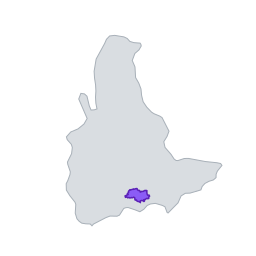 Las Matas de Farfan, San Juan, Dominican Republic shown in context, rotated 252°
{"feature_id": "3306468B58611223630856", "entity_name": "Las Matas de Farfan", "entity_type": "district", "adm_level": 2, "iso_a3": "DOM", "parent_name": "Dominican Republic", "parent_adm1": "San Juan", "projection": "equal_earth", "projection_center": [-71.495, 18.95], "detail": "fine", "context": "in_parent", "style": "filled", "palette": "violet", "viewbox_px": 256, "rotation_deg": 252, "n_neighbors": 0, "source": "geoboundaries", "source_scale": "gbopen_adm2", "svg_char_len": 4519}
<svg xmlns="http://www.w3.org/2000/svg" viewBox="0 0 256 256"><g transform="rotate(252 128 128)"><path d="M46.6,178.2L46.9,166.9L48.2,162.3L47.0,157.5L41.3,152.4L37.9,145.8L34.8,139.9L35.5,139.1L41.7,138.8L43.8,136.7L47.9,130.7L48.8,125.9L48.4,122.3L45.8,117.9L44.7,113.4L48.0,109.4L52.3,103.6L52.9,101.3L52.8,99.1L47.8,93.0L47.5,90.3L49.8,83.7L49.6,79.3L47.3,65.5L46.1,63.5L48.4,62.4L49.9,58.3L51.8,54.6L54.4,52.7L57.4,51.4L63.3,51.5L71.4,54.7L73.7,54.7L81.5,51.8L88.0,50.2L94.1,52.0L96.6,54.5L101.6,58.4L104.1,59.6L112.1,59.5L114.3,59.9L121.0,66.4L126.6,69.0L129.9,69.1L135.7,66.6L138.6,66.7L141.9,72.3L142.6,80.2L145.4,87.4L149.7,92.1L170.8,90.1L175.5,93.9L173.9,97.1L170.9,98.8L160.9,98.0L156.5,98.4L155.7,101.5L155.7,104.4L161.5,105.1L167.3,106.6L173.1,108.9L179.1,110.5L185.8,111.6L192.4,113.3L203.4,119.0L215.7,132.0L219.0,134.9L221.2,139.0L220.2,144.0L215.9,152.3L213.4,154.9L209.8,156.5L207.4,159.9L205.0,165.7L203.6,166.1L201.9,165.9L198.9,162.6L196.8,157.6L190.9,152.9L183.9,153.5L173.6,150.8L167.4,152.1L161.1,152.4L154.8,151.0L148.3,150.5L142.0,152.3L135.8,155.3L133.5,157.2L129.5,161.9L127.4,163.6L112.3,166.0L107.9,162.5L103.9,157.8L98.1,157.2L89.6,160.8L84.4,162.2L82.2,163.7L81.6,165.5L81.6,172.1L80.4,176.1L72.2,191.2L67.5,201.8L65.6,205.1L63.4,205.8L59.4,199.7L56.8,197.5L53.6,196.4L52.2,193.1L52.3,188.5L51.5,184.0L49.5,180.5L46.6,178.2Z" fill="#d9dde1" stroke="#a8b0b8" stroke-width="1"/><path d="M53.4,116.7L53.5,116.8L53.8,116.9L54.0,116.9L54.1,117.0L54.3,117.1L54.7,117.1L54.8,117.1L54.9,117.3L54.9,118.3L54.9,118.5L54.5,119.0L54.4,119.2L54.4,119.4L54.3,119.6L54.3,119.8L54.2,119.9L54.0,120.0L53.8,120.1L53.6,120.2L53.3,120.3L53.2,120.4L53.2,120.5L53.3,120.8L53.4,121.0L53.5,121.1L53.9,121.3L54.0,121.3L54.2,121.2L54.3,121.1L54.5,120.8L54.6,120.7L54.8,120.7L54.8,120.8L54.9,121.0L54.9,121.3L54.9,121.5L54.8,121.9L54.7,122.0L54.7,122.3L54.7,122.6L54.8,122.8L55.0,123.1L55.1,123.3L55.2,123.5L55.2,124.1L55.2,124.3L55.1,124.5L54.9,124.6L54.7,124.8L54.6,125.0L54.6,125.3L54.6,125.6L54.6,125.9L54.7,126.0L54.9,126.1L55.0,126.1L55.3,126.1L55.5,126.2L55.6,126.3L55.9,126.3L56.0,126.3L56.1,126.5L56.3,126.9L56.3,127.0L56.5,127.2L56.5,127.3L56.9,127.3L57.0,127.4L57.2,127.5L57.4,127.5L57.7,127.1L57.8,127.0L57.8,126.9L57.9,126.5L57.9,126.4L58.0,126.3L58.1,126.0L58.1,125.9L58.3,125.8L58.5,125.8L59.0,125.8L59.9,125.8L60.0,125.8L60.3,125.9L60.4,126.0L60.5,126.0L61.5,126.0L61.8,126.0L62.0,126.2L62.2,126.4L62.2,126.5L62.3,126.5L62.5,126.6L62.8,126.4L62.9,126.2L63.0,125.9L63.1,125.7L63.2,125.3L63.2,125.2L63.3,125.0L63.4,124.7L63.4,124.4L63.3,123.9L63.3,123.7L63.2,123.6L63.1,123.4L63.0,123.2L63.0,122.9L63.1,122.7L63.2,122.2L63.3,121.9L63.3,121.6L63.4,121.4L63.4,121.2L63.5,121.1L63.4,121.0L63.4,120.8L63.3,120.6L63.2,120.4L63.2,120.2L63.3,119.9L63.5,119.9L63.7,120.0L63.8,120.0L64.0,120.0L64.3,119.9L64.6,119.7L64.8,119.6L65.0,119.5L65.1,119.4L65.2,119.1L65.3,119.1L65.3,118.8L65.3,118.7L65.5,118.4L65.8,118.3L66.0,118.2L66.3,117.9L66.5,117.9L67.2,117.9L67.4,117.9L67.5,117.9L67.7,117.6L67.8,117.4L67.8,117.2L67.9,116.9L67.9,116.7L67.9,115.1L67.9,114.9L67.9,114.7L68.0,114.7L68.2,114.4L68.3,114.3L68.2,114.2L68.2,113.9L68.2,113.7L68.3,113.5L68.3,113.4L68.3,113.0L68.3,111.8L68.3,111.6L68.4,111.4L68.6,111.1L68.7,110.8L68.7,110.7L68.5,110.4L68.3,110.4L68.2,110.4L68.2,110.2L68.2,109.8L68.1,109.7L68.0,109.4L67.7,109.1L67.6,108.9L67.4,108.8L67.2,108.7L66.8,108.7L66.7,108.7L66.4,108.4L66.3,108.1L66.1,107.7L66.0,107.4L65.9,107.4L65.8,107.2L65.7,107.2L65.4,107.1L65.2,107.1L65.1,107.3L64.8,107.5L64.7,107.5L64.7,106.5L64.7,106.4L64.7,106.2L64.5,105.9L64.4,105.9L64.4,105.7L64.4,105.1L64.4,104.9L64.3,104.6L64.2,104.4L64.2,104.2L63.0,104.2L62.9,104.2L62.9,104.3L62.8,104.5L63.0,104.9L63.0,105.0L62.9,105.3L62.8,105.5L62.7,105.5L62.4,105.7L62.3,105.8L62.0,106.1L61.8,106.2L61.8,106.3L61.7,106.3L61.7,106.6L61.7,106.9L61.7,107.0L61.5,107.4L61.5,107.5L61.4,107.6L61.3,107.8L61.2,107.8L60.9,108.1L60.8,108.6L60.8,109.3L60.8,109.5L60.7,109.5L60.6,109.8L60.6,110.0L60.4,110.3L60.3,110.5L60.3,110.8L60.3,111.0L60.4,111.4L60.5,111.6L60.5,111.8L60.4,111.9L59.9,112.7L59.8,112.8L59.7,112.8L59.4,112.7L59.2,112.7L58.5,112.7L58.3,112.7L58.2,112.6L57.9,112.5L57.7,112.5L57.4,112.5L57.2,112.7L57.1,112.8L57.1,113.1L57.1,113.3L57.0,113.5L56.9,113.6L56.7,113.7L56.7,113.8L56.2,113.8L55.9,114.0L55.6,114.1L55.4,114.3L55.3,114.5L55.1,114.7L55.0,114.8L54.9,115.0L54.8,115.3L54.7,115.5L54.4,115.8L54.3,116.2L54.2,116.2L54.2,116.3L53.8,116.4L53.7,116.5L53.4,116.7Z" fill="#8b5cf6" stroke="#5b21b6" stroke-width="1.5"/></g></svg>